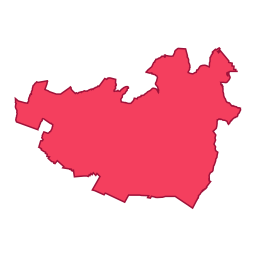 outline of Quecholac, Puebla, Mexico
{"feature_id": "50627088B94790065946513", "entity_name": "Quecholac", "entity_type": "district", "adm_level": 2, "iso_a3": "MEX", "parent_name": "Mexico", "parent_adm1": "Puebla", "projection": "albers", "projection_center": [-97.631, 18.95], "detail": "fine", "context": "isolated", "style": "filled", "palette": "rose", "viewbox_px": 256, "rotation_deg": 0, "n_neighbors": 0, "source": "geoboundaries", "source_scale": "gbopen_adm2", "svg_char_len": 5670}
<svg xmlns="http://www.w3.org/2000/svg" viewBox="0 0 256 256"><path d="M237.7,71.4L235.7,71.1L235.8,69.5L233.7,69.4L234.0,66.2L232.0,65.9L232.2,63.2L228.7,62.4L228.8,60.9L220.6,51.0L218.7,52.5L218.7,52.0L218.3,52.2L217.6,51.5L219.9,50.1L219.5,49.1L219.9,48.7L219.2,47.9L216.0,49.9L215.4,49.3L212.4,52.1L213.0,52.9L212.4,53.4L212.1,54.4L211.3,55.2L210.8,56.8L210.1,57.4L210.0,61.5L209.5,62.8L209.4,66.1L209.2,66.9L205.9,65.4L204.4,65.2L202.4,65.4L200.8,65.9L199.9,66.6L197.9,69.8L196.8,70.0L196.2,72.3L195.0,72.6L192.9,73.8L192.3,73.8L189.4,73.2L188.8,72.6L188.2,72.5L188.1,72.0L189.6,69.3L189.6,67.7L190.0,67.4L189.8,66.2L189.9,65.9L189.5,64.2L188.6,62.3L188.6,59.6L188.0,58.0L187.3,57.2L187.5,56.8L187.2,56.3L187.4,55.7L185.6,48.9L178.3,48.4L177.7,48.6L175.3,50.5L174.8,51.4L174.6,52.8L173.0,56.0L171.3,56.3L169.0,56.1L165.8,55.5L165.1,54.9L164.8,55.0L165.2,55.6L165.2,56.9L164.7,57.1L163.7,56.2L163.1,56.0L162.4,56.4L161.6,56.3L160.7,57.4L159.2,58.2L158.5,58.2L158.0,58.8L157.0,59.2L155.9,59.3L155.5,60.4L154.7,61.2L154.7,62.1L153.7,62.5L151.8,66.7L148.0,69.9L146.1,72.1L145.5,72.4L146.6,72.3L149.5,73.1L151.1,73.0L151.5,73.7L151.9,73.7L152.1,73.3L152.8,74.1L155.3,74.8L155.8,75.5L156.8,75.9L157.5,77.6L156.4,81.6L155.5,83.2L155.6,84.5L157.6,86.8L158.0,88.5L158.7,90.1L158.4,91.0L158.6,92.2L158.4,92.6L156.7,89.4L156.0,88.9L155.4,88.6L153.3,88.2L152.4,88.4L150.4,90.4L147.5,91.9L146.7,92.9L145.2,93.8L144.0,95.0L143.2,95.3L141.1,95.5L141.0,96.5L137.7,97.5L137.2,98.8L134.3,98.2L133.7,100.1L133.1,101.0L130.8,103.4L128.1,103.4L125.9,102.7L125.9,102.8L121.3,101.9L120.8,99.4L121.4,98.3L122.3,97.1L122.3,95.7L122.8,94.7L123.7,93.9L124.4,93.8L125.3,92.9L125.9,91.6L127.1,90.4L127.2,88.9L127.6,88.4L128.4,88.2L128.4,87.2L127.5,86.6L126.8,86.6L125.9,86.7L124.0,87.5L121.5,89.4L120.1,90.9L119.9,91.4L118.5,91.1L118.0,90.4L117.4,90.6L116.9,91.3L115.8,91.0L114.2,91.4L114.0,91.1L114.1,90.2L114.7,89.3L115.6,88.7L115.6,87.8L115.3,86.7L115.6,86.3L115.6,85.8L116.1,85.6L116.3,85.0L115.9,84.6L116.1,84.0L115.6,83.4L115.5,82.7L115.7,79.4L110.4,78.0L108.8,77.9L107.9,78.5L107.5,78.3L106.7,79.4L104.8,78.5L98.9,86.5L98.0,86.0L97.8,86.1L96.8,87.2L95.2,87.5L94.7,88.2L94.1,88.2L93.0,89.4L92.1,88.8L91.4,89.7L90.6,89.3L88.6,90.2L87.1,91.2L86.2,91.0L85.4,91.2L84.3,90.8L82.5,91.8L81.3,91.8L81.1,92.4L80.5,92.1L78.8,92.5L78.3,93.1L77.6,93.5L76.6,92.8L75.8,93.0L75.4,93.5L75.2,93.4L72.5,90.8L71.2,89.3L71.0,87.5L70.4,86.9L69.5,87.8L60.6,94.1L56.3,94.1L50.3,92.0L49.2,91.6L48.5,91.0L44.9,89.5L46.9,84.0L47.2,82.3L47.6,81.2L47.4,80.8L38.2,82.4L36.6,81.9L36.1,82.7L35.2,83.2L33.9,85.0L33.2,85.5L32.4,88.4L32.3,90.2L31.6,91.2L31.4,92.0L31.4,94.1L30.8,94.0L30.9,94.4L30.6,94.8L29.8,95.1L29.8,96.1L29.0,97.8L28.5,99.7L28.7,101.0L28.2,101.8L27.7,102.3L27.6,103.2L24.8,102.8L18.3,101.0L15.4,98.5L15.6,101.5L15.4,102.4L16.2,103.6L15.8,104.0L15.4,106.8L15.6,107.8L17.0,110.6L16.8,112.7L17.2,113.7L16.6,115.8L16.5,117.2L16.2,117.6L15.8,120.0L16.5,121.9L37.9,129.7L37.9,129.1L39.4,126.1L39.5,125.2L40.4,123.3L40.5,122.4L42.2,120.5L42.2,119.2L42.8,118.6L43.8,118.9L50.5,123.5L51.2,123.4L51.4,123.9L52.7,124.5L52.6,126.4L52.2,127.2L52.1,128.4L50.6,131.3L50.3,131.6L49.6,131.8L49.2,132.6L47.9,133.3L43.9,131.9L42.2,135.6L42.4,136.4L41.8,137.6L42.3,138.6L43.1,139.4L42.5,140.7L41.2,140.7L40.7,140.9L39.1,146.2L39.2,146.7L38.8,147.2L41.4,148.7L41.2,149.7L43.9,151.5L45.7,152.3L45.4,153.4L47.3,154.3L46.9,156.4L49.4,156.9L48.2,158.4L51.6,161.5L53.8,162.1L53.8,163.2L55.0,163.6L57.3,160.7L63.8,166.5L62.8,167.8L70.7,169.1L70.3,169.5L71.3,169.8L71.5,169.6L72.2,170.3L71.9,170.7L72.9,171.1L73.5,170.5L74.4,176.8L83.7,176.0L87.0,176.0L88.2,176.5L89.2,174.8L89.9,175.6L91.0,173.6L92.1,174.7L93.3,172.8L95.8,175.4L97.0,173.5L100.0,176.5L92.3,190.0L94.7,190.6L104.1,194.8L105.2,193.2L106.0,193.4L124.7,202.2L128.6,195.1L139.9,195.1L141.2,195.4L148.6,195.7L147.6,197.6L150.4,198.1L151.4,196.3L154.9,197.0L155.2,197.3L157.1,197.5L162.6,197.2L165.4,196.4L175.2,196.4L192.6,208.1L196.7,200.2L197.0,199.9L197.5,198.7L198.2,198.0L198.0,197.7L198.6,196.7L198.4,195.9L198.7,195.5L200.2,194.0L201.0,192.5L202.9,190.9L203.1,190.6L202.7,190.5L203.1,190.2L203.6,190.1L203.4,189.8L203.8,189.6L204.0,189.7L204.5,189.0L205.4,189.0L206.8,187.3L206.5,186.9L210.6,181.5L209.2,180.9L209.0,179.3L209.3,179.4L209.2,176.4L209.1,175.5L209.7,173.9L210.3,172.8L212.3,171.5L212.9,170.6L213.6,165.8L214.2,165.1L215.6,161.0L215.8,159.1L216.9,157.4L217.1,155.4L217.8,152.2L216.3,151.2L215.5,150.2L215.2,148.3L215.6,146.9L214.0,144.1L215.6,140.0L215.0,138.0L215.8,135.0L213.1,131.2L215.6,129.0L216.3,128.2L216.8,126.0L217.1,123.1L217.0,121.6L217.3,120.8L217.3,119.8L218.2,119.7L218.8,119.0L219.2,118.9L220.1,119.5L220.6,119.1L222.1,119.6L222.8,120.1L224.9,120.3L227.0,121.3L228.0,123.7L228.6,124.3L229.1,123.4L229.8,122.9L230.3,121.5L231.2,120.9L231.2,120.5L231.7,120.4L232.4,119.3L234.4,117.7L234.9,117.4L235.4,117.5L236.1,116.8L237.0,116.7L237.7,115.8L237.8,114.4L239.3,112.8L239.7,111.7L240.6,109.9L240.4,109.3L240.4,108.2L239.9,108.2L239.3,107.8L238.7,108.0L238.3,107.7L237.8,107.8L236.2,106.7L234.7,106.5L234.4,106.2L233.8,106.3L233.1,105.7L232.8,106.0L232.1,106.1L232.0,105.7L230.9,105.0L230.8,104.7L229.4,102.9L228.6,102.9L227.8,102.4L227.3,102.5L226.9,102.2L226.0,100.9L225.4,99.1L224.4,97.6L223.7,95.6L223.5,93.4L222.9,91.4L223.0,88.7L222.4,86.6L222.6,86.8L222.9,86.7L222.2,85.1L221.9,85.4L221.7,85.3L221.8,85.0L221.0,84.5L221.1,84.2L220.9,84.1L220.8,82.6L221.2,82.5L221.1,82.4L223.1,82.3L225.6,82.6L226.4,82.5L227.0,82.2L228.8,80.1L229.8,78.4L230.1,77.2L228.8,74.2L228.9,73.3L228.4,73.5L227.8,74.1L227.7,75.6L227.2,75.1L226.8,74.1L226.9,73.1L227.0,72.8L230.1,71.4L237.7,71.4Z" fill="#f43f5e" stroke="#9f1239" stroke-width="1.5"/></svg>